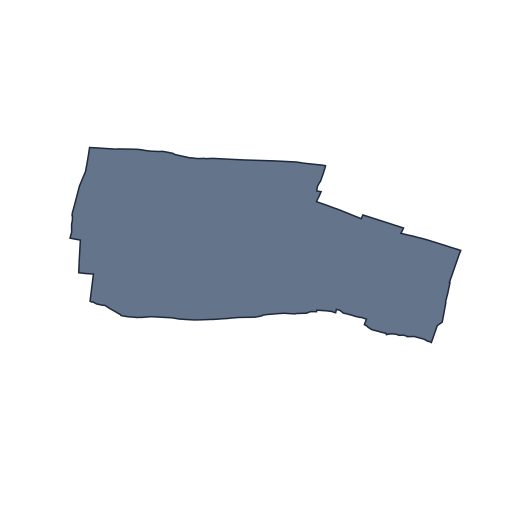 Jorasti, Galati, Romania (Mercator projection), rotated 295°
{"feature_id": "2599482B93588998521445", "entity_name": "Jorasti", "entity_type": "district", "adm_level": 2, "iso_a3": "ROU", "parent_name": "Romania", "parent_adm1": "Galati", "projection": "mercator", "projection_center": [27.867, 45.988], "detail": "fine", "context": "isolated", "style": "filled", "palette": "slate", "viewbox_px": 512, "rotation_deg": 295, "n_neighbors": 0, "source": "geoboundaries", "source_scale": "gbopen_adm2", "svg_char_len": 3485}
<svg xmlns="http://www.w3.org/2000/svg" viewBox="0 0 512 512"><g transform="rotate(295 256 256)"><path d="M274.7,452.7L276.1,452.4L280.7,451.2L294.2,447.7L294.6,447.2L300.2,446.1L302.8,445.7L303.9,445.4L308.2,444.4L310.5,443.9L312.3,443.4L313.7,443.1L313.6,442.5L315.8,442.3L317.2,442.1L320.4,441.8L326.2,441.2L342.7,439.5L344.8,439.4L347.6,439.2L345.9,426.6L345.9,426.3L342.8,403.0L342.7,402.6L342.6,402.0L341.9,397.9L341.6,396.8L341.2,394.6L341.0,393.5L340.8,392.2L340.4,389.8L339.4,385.7L337.8,377.7L338.7,377.8L341.6,377.9L343.7,377.9L341.3,358.5L339.4,343.4L338.4,335.5L334.3,335.6L333.8,326.9L333.0,311.3L332.4,305.1L331.9,298.9L330.8,287.8L331.0,287.8L332.8,287.8L336.1,287.9L338.6,287.9L340.5,287.8L341.1,287.8L341.8,287.9L341.8,287.7L340.6,283.6L341.5,283.3L344.9,282.3L349.9,282.5L350.2,282.8L350.4,282.9L350.6,282.9L359.4,282.1L361.9,281.7L364.0,281.5L365.7,281.2L367.2,280.8L366.2,277.0L365.8,276.0L362.9,267.6L360.0,259.2L359.6,257.5L359.2,256.1L358.8,254.8L358.6,253.9L358.1,252.5L349.9,232.3L337.8,204.1L329.5,183.7L326.2,175.5L322.8,169.0L322.7,168.0L319.7,162.1L318.8,159.4L317.8,156.3L316.9,154.2L314.4,142.8L313.6,139.1L313.8,138.6L313.9,138.3L313.9,137.3L312.9,132.8L312.1,129.9L311.3,126.9L309.7,123.9L308.5,120.9L306.7,116.7L305.8,113.9L304.9,111.3L304.1,108.0L303.1,105.1L303.1,104.9L302.3,102.8L299.6,96.6L296.2,89.0L294.7,85.7L293.6,83.8L287.3,67.6L284.0,59.3L278.6,60.9L268.3,63.8L260.3,65.8L251.3,66.1L248.1,66.3L245.0,66.4L231.8,68.8L224.2,70.2L217.1,71.4L216.8,71.5L214.7,72.3L214.7,72.6L214.6,72.9L213.7,73.2L211.3,74.2L210.4,74.6L207.5,75.3L206.8,75.5L203.7,76.9L201.7,77.9L200.8,78.4L199.5,78.9L196.7,79.3L193.6,79.9L194.8,84.8L196.2,90.1L193.2,91.3L178.9,97.0L165.9,102.4L167.1,105.9L168.3,109.6L169.4,112.3L170.9,116.3L144.9,124.7L144.8,126.7L145.4,127.3L145.2,131.7L145.2,131.9L146.6,138.0L147.0,138.8L147.3,139.8L147.3,140.7L146.6,145.6L146.0,152.9L145.8,155.0L145.6,157.7L145.0,158.9L146.6,165.0L147.4,167.2L148.9,171.1L150.1,174.6L151.0,176.0L151.6,177.6L156.7,186.6L157.0,187.3L158.1,190.1L161.4,198.2L161.6,198.9L162.5,201.1L164.3,205.5L164.5,206.0L166.5,213.4L167.4,215.4L167.8,216.5L168.3,218.0L170.4,223.2L172.0,227.2L174.3,231.9L174.8,233.0L175.8,234.8L177.7,238.6L179.1,241.2L180.2,243.6L182.5,247.8L183.3,249.2L184.8,251.9L185.7,253.6L187.6,257.1L188.7,258.7L189.9,260.9L193.3,266.9L195.1,270.7L197.1,274.7L197.4,275.4L200.4,281.4L201.0,282.1L202.1,283.8L204.4,286.8L205.2,287.1L207.6,290.7L212.5,299.3L215.5,304.7L216.1,305.9L217.7,310.1L219.4,314.3L220.0,315.9L220.5,316.4L220.8,316.7L221.5,318.0L225.4,325.8L228.2,328.5L228.8,329.3L231.1,334.4L232.4,334.1L232.6,334.0L235.1,340.5L236.0,342.7L237.8,348.3L237.8,349.4L238.2,352.2L241.6,351.4L242.2,355.2L241.2,359.0L241.2,359.5L241.7,361.6L242.2,363.8L242.3,365.3L242.7,366.9L243.4,372.4L243.9,373.9L244.1,375.6L244.9,377.7L245.1,380.1L245.5,382.8L243.4,382.9L241.3,383.1L239.6,383.2L239.4,386.1L238.8,387.6L238.2,391.6L238.4,393.1L238.6,394.8L238.8,395.4L239.0,396.7L239.6,399.7L239.6,400.8L239.9,401.9L240.1,402.9L240.4,404.0L240.4,404.9L241.0,406.2L239.8,407.4L240.7,408.5L241.2,409.2L241.6,409.8L242.1,410.6L242.8,412.0L243.2,412.9L243.6,414.1L244.1,415.5L244.3,416.3L244.5,417.5L244.5,419.0L245.0,420.0L245.5,421.1L246.1,422.1L246.6,423.1L246.6,423.5L246.7,424.3L247.1,426.1L246.7,426.9L248.3,430.2L249.9,433.4L251.6,443.4L251.3,447.5L251.8,450.1L251.7,451.5L253.8,451.3L261.7,450.5L269.5,449.7L272.1,451.2L274.7,452.7Z" fill="#64748b" stroke="#1e293b" stroke-width="1.5"/></g></svg>